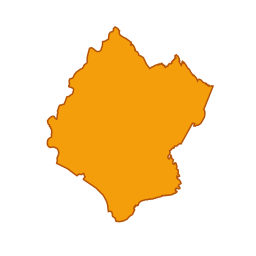 outline of Kota Pekanbaru, Riau, Indonesia, rotated 209°
{"feature_id": "22746128B3549150233660", "entity_name": "Kota Pekanbaru", "entity_type": "district", "adm_level": 2, "iso_a3": "IDN", "parent_name": "Indonesia", "parent_adm1": "Riau", "projection": "robinson", "projection_center": [101.448, 0.555], "detail": "fine", "context": "isolated", "style": "filled", "palette": "amber", "viewbox_px": 256, "rotation_deg": 209, "n_neighbors": 0, "source": "geoboundaries", "source_scale": "gbopen_adm2", "svg_char_len": 5720}
<svg xmlns="http://www.w3.org/2000/svg" viewBox="0 0 256 256"><g transform="rotate(209 128 128)"><path d="M82.5,59.6L83.4,59.8L83.7,60.1L83.7,60.3L83.6,60.5L83.9,60.7L84.0,61.0L83.8,61.5L84.0,61.6L83.9,62.0L84.0,61.9L84.1,61.7L84.3,62.4L84.2,62.8L84.0,62.6L83.9,62.7L83.9,63.1L83.8,63.4L83.9,63.6L83.9,63.8L83.5,63.6L83.6,64.1L83.3,64.2L83.3,64.5L83.1,64.1L82.9,64.5L82.4,64.5L82.3,65.1L82.0,65.1L81.8,65.3L82.0,66.5L81.9,66.8L82.0,67.1L82.0,68.3L81.4,69.7L81.4,69.9L80.8,70.9L80.7,71.1L80.0,71.4L79.5,72.1L78.1,73.5L77.8,73.9L77.0,74.3L76.3,74.5L76.0,75.2L75.5,75.8L74.2,76.2L73.5,77.0L71.5,78.3L71.2,79.2L70.3,79.6L69.4,80.9L68.6,81.3L67.9,82.3L66.4,83.5L65.7,84.4L65.4,84.6L65.4,84.9L65.0,85.1L64.9,85.5L65.2,85.6L64.8,86.1L64.5,86.2L63.8,86.2L63.3,86.4L63.1,86.8L62.1,87.4L62.2,87.7L61.6,87.8L61.3,88.1L61.0,88.1L60.7,88.5L59.9,88.9L59.9,89.2L59.4,89.5L58.9,89.6L58.7,89.8L58.2,90.3L57.4,90.8L56.5,92.4L56.2,92.4L56.0,93.3L55.2,93.7L54.3,95.4L54.4,96.1L55.2,95.6L56.1,96.1L55.9,97.0L56.8,97.2L56.7,98.8L55.4,99.2L54.3,99.2L53.3,100.2L54.2,101.4L55.4,101.4L55.9,101.9L55.8,103.3L54.7,105.1L55.6,106.1L58.3,107.6L59.8,107.6L61.1,108.1L61.8,109.6L60.5,109.5L59.6,110.9L60.4,111.7L62.4,112.3L62.4,113.4L63.9,115.7L65.0,115.7L66.1,116.1L66.4,117.9L69.0,120.5L69.9,120.5L70.1,120.1L70.0,118.6L70.7,118.5L71.6,118.7L72.1,119.6L72.9,122.2L74.9,122.5L76.4,124.4L77.3,125.0L77.5,125.0L77.5,124.7L77.2,124.1L76.8,122.6L76.8,121.7L76.9,121.1L77.5,120.8L78.0,121.0L79.3,122.2L79.0,126.0L79.2,126.8L79.9,127.4L80.6,128.3L79.9,128.9L79.8,129.6L79.8,130.9L79.5,131.5L79.4,131.8L79.0,131.8L78.9,132.2L78.6,132.3L78.2,132.7L78.3,132.9L78.2,133.0L78.1,133.4L78.5,134.1L78.5,134.6L78.0,135.0L77.4,135.3L76.6,136.0L76.3,136.5L76.2,137.1L76.1,137.5L75.9,137.9L75.7,138.4L75.5,138.7L75.3,139.4L75.0,139.6L73.9,139.8L73.9,163.4L71.9,164.2L71.6,162.9L71.8,162.5L71.4,161.7L70.1,162.3L69.9,162.4L69.7,163.0L69.7,163.4L68.6,164.1L68.1,164.5L67.1,166.1L66.7,167.4L66.5,168.7L66.4,174.0L66.8,175.6L67.5,177.4L68.3,178.9L68.9,179.7L69.5,180.3L70.7,180.9L73.9,205.9L75.4,205.3L75.6,205.0L76.2,204.6L77.9,203.7L78.1,203.7L78.1,204.6L79.6,204.1L79.7,204.4L80.1,204.2L81.1,204.2L81.1,204.9L84.2,204.3L85.2,204.5L87.1,205.3L88.5,205.3L88.8,205.2L89.5,205.1L89.8,204.3L90.0,204.2L90.1,203.6L90.0,203.0L92.2,204.6L93.6,205.3L96.1,206.1L96.4,205.5L96.8,205.6L97.3,206.0L99.8,207.0L102.6,208.9L105.1,209.5L106.3,210.1L107.0,210.8L107.7,211.0L110.0,212.2L110.6,212.4L110.8,211.7L111.4,212.0L112.0,212.7L112.7,212.8L112.8,212.1L112.4,211.3L112.0,211.2L111.9,211.1L112.0,209.6L111.8,208.9L112.0,208.7L111.9,208.6L112.1,208.6L112.8,209.4L115.7,211.0L115.3,211.9L116.6,212.7L116.8,213.5L119.4,215.1L120.4,215.0L121.3,215.4L122.0,213.7L120.1,212.5L121.0,211.7L120.7,210.7L120.9,210.6L121.1,210.0L120.9,209.8L121.1,209.4L121.1,208.9L121.6,208.4L121.7,207.3L121.9,206.8L121.1,206.2L121.2,205.7L121.7,204.8L122.0,204.8L122.7,204.7L123.0,204.2L123.4,203.4L123.4,202.8L123.2,202.4L123.3,201.6L123.6,200.9L123.9,201.0L124.6,199.6L124.7,199.1L125.5,199.3L125.3,199.7L126.1,200.3L126.2,200.1L127.2,200.3L127.3,200.3L127.6,200.4L127.7,200.0L127.9,200.0L127.9,200.3L128.8,200.5L129.3,200.9L129.8,200.9L129.9,200.7L130.1,200.7L130.2,199.7L130.5,199.7L131.2,199.6L131.1,199.2L131.4,198.7L131.8,198.4L131.9,198.1L132.5,198.4L132.6,198.1L133.9,196.6L134.5,196.2L134.8,195.4L136.3,193.2L137.0,192.4L137.8,190.6L142.6,192.6L148.4,196.8L150.6,197.2L153.7,196.9L154.5,197.8L156.4,199.0L158.0,199.1L159.6,199.1L159.6,200.1L162.6,202.4L164.6,203.2L165.2,202.9L165.5,201.9L166.1,202.1L166.1,203.6L167.0,204.6L167.8,204.6L171.3,205.1L172.7,205.1L173.0,205.4L173.9,205.2L176.4,205.1L179.7,205.4L181.1,206.2L182.0,207.3L182.6,209.1L183.6,209.1L184.8,210.0L188.3,210.1L188.7,208.8L188.9,207.6L188.0,206.6L188.3,204.6L189.2,204.0L189.9,203.0L190.0,200.5L188.1,196.1L189.7,193.9L190.5,192.3L192.1,191.4L192.2,191.8L190.3,187.5L189.4,182.6L190.1,181.3L191.2,180.3L192.3,179.9L193.9,179.9L196.1,180.4L198.7,180.6L200.3,179.1L198.4,171.6L197.7,169.6L195.5,165.5L195.5,164.8L196.4,162.9L196.9,161.7L196.7,160.2L196.7,158.3L198.4,155.8L200.1,152.1L200.7,149.5L200.7,147.3L200.5,146.4L200.5,145.0L201.5,143.8L202.3,143.3L202.7,142.5L202.6,141.3L202.2,140.6L201.1,138.7L200.2,137.8L200.2,136.9L200.4,136.6L200.2,135.9L199.8,135.5L199.2,135.4L199.0,135.7L198.4,135.9L196.8,135.9L195.9,136.1L195.2,136.0L194.7,135.8L194.2,135.2L193.7,133.8L193.5,132.9L193.2,132.2L193.4,131.5L193.2,130.6L193.3,130.1L194.3,128.8L195.2,126.6L196.1,126.1L196.6,125.5L195.8,121.3L195.5,117.7L196.6,116.9L197.6,115.5L198.4,115.3L198.9,113.5L198.1,110.2L198.0,108.8L196.5,106.8L196.5,105.6L195.8,104.5L195.0,102.5L194.7,101.1L196.7,101.3L198.0,102.2L198.8,102.2L200.1,101.3L200.9,99.9L201.3,98.9L201.7,97.4L201.9,95.1L201.0,94.3L200.4,93.4L200.0,93.0L199.0,92.7L198.3,92.7L198.2,92.6L197.8,91.6L197.2,91.6L196.7,91.1L196.0,91.2L195.7,90.5L195.2,90.0L194.5,90.0L193.2,88.3L192.0,86.2L192.0,85.6L191.8,84.9L191.1,84.4L190.7,83.5L190.7,82.6L191.3,82.0L192.0,80.5L192.3,79.2L192.3,78.4L192.0,77.4L191.4,76.1L190.7,74.7L189.5,73.7L188.0,73.2L186.5,73.3L185.5,74.2L184.3,75.2L183.4,75.4L180.3,75.7L179.5,75.4L178.6,74.9L177.2,73.6L176.4,72.5L176.0,71.2L175.6,68.9L175.6,67.6L175.1,66.7L174.1,65.3L173.7,64.3L173.3,62.5L161.2,63.1L149.7,61.5L149.3,61.7L149.1,62.0L149.0,62.5L149.1,63.1L148.5,63.8L148.1,64.1L147.5,64.0L146.6,64.6L146.2,64.7L145.7,65.2L145.2,66.2L144.6,66.7L144.2,66.2L143.7,65.9L142.7,64.8L141.9,64.5L141.8,64.2L141.8,63.9L142.3,62.3L142.0,61.4L126.7,60.0L120.6,58.2L117.5,57.4L114.1,55.4L111.0,53.3L109.5,51.9L107.6,49.6L104.7,45.4L103.1,46.7L101.0,46.3L98.7,43.3L95.5,42.8L93.2,40.6L90.2,41.9L87.0,44.4L84.7,47.7L83.9,51.3L82.2,54.6L82.5,59.6Z" fill="#f59e0b" stroke="#b45309" stroke-width="1.5"/></g></svg>